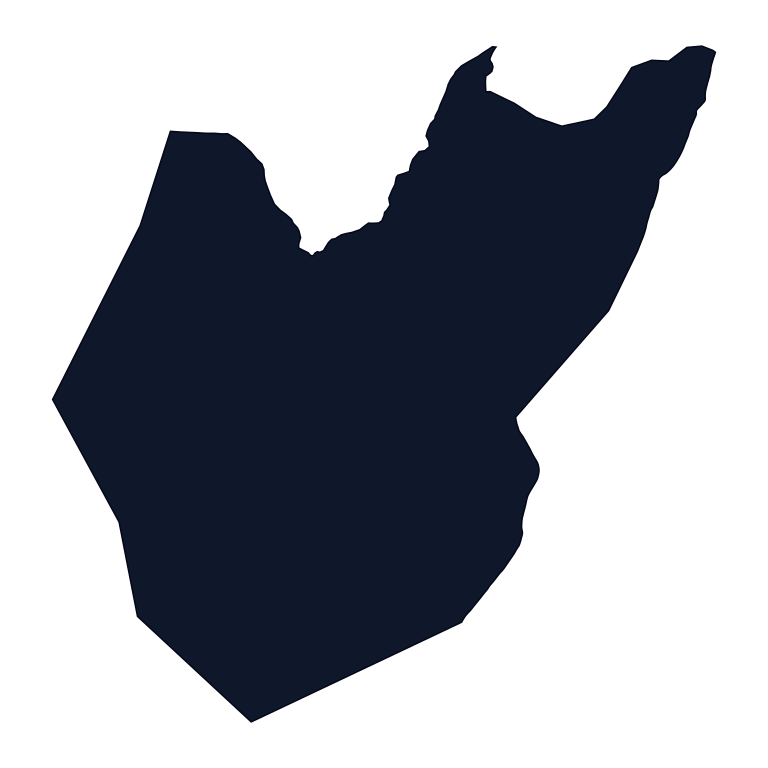 the district of El Nispero, Santa Bárbara, Honduras
{"feature_id": "27666195B93278027696890", "entity_name": "El Nispero", "entity_type": "district", "adm_level": 2, "iso_a3": "HND", "parent_name": "Honduras", "parent_adm1": "Santa Bárbara", "projection": "robinson", "projection_center": [-88.3, 14.771], "detail": "fine", "context": "isolated", "style": "filled", "palette": "ink", "viewbox_px": 768, "rotation_deg": 0, "n_neighbors": 0, "source": "geoboundaries", "source_scale": "gbopen_adm2", "svg_char_len": 6028}
<svg xmlns="http://www.w3.org/2000/svg" viewBox="0 0 768 768"><path d="M52.6,399.5L119.1,522.1L137.5,616.4L251.2,721.9L461.6,622.2L462.1,621.3L462.6,620.4L463.1,619.5L463.7,618.6L464.6,617.1L464.8,616.8L465.3,616.1L465.8,615.4L466.4,614.8L466.9,614.2L468.3,612.6L470.1,610.8L470.5,610.3L470.8,609.9L472.2,608.2L474.7,605.0L476.9,602.3L479.6,599.0L480.4,598.0L483.0,594.6L484.8,592.4L485.2,591.9L486.6,590.3L487.3,589.3L487.7,588.9L488.0,588.4L488.2,588.0L488.6,587.4L488.8,586.9L489.2,586.4L489.5,586.0L490.0,585.4L490.4,584.8L491.4,583.8L491.8,583.2L492.4,582.6L495.9,578.2L499.2,573.9L499.8,573.2L500.4,572.5L500.8,572.1L501.8,571.1L502.2,570.6L502.8,569.9L503.3,569.2L503.9,568.5L504.4,567.8L507.9,562.7L513.0,555.3L513.7,554.3L514.3,553.3L514.8,552.5L516.1,550.1L516.9,548.8L517.5,547.8L517.9,547.2L518.4,546.6L518.8,546.0L519.0,545.5L519.1,545.3L519.3,544.8L519.6,544.1L520.1,542.6L520.6,541.0L521.0,539.5L521.4,537.9L521.7,536.8L522.2,534.8L522.3,534.2L522.4,533.6L522.4,533.2L522.4,532.7L522.4,532.2L522.4,531.8L522.3,531.6L522.3,531.1L522.0,530.3L521.9,529.8L521.9,529.4L521.8,528.9L521.7,528.5L521.7,527.8L521.6,527.3L521.6,526.8L521.6,525.4L521.7,524.2L521.8,523.0L521.8,521.7L522.0,520.0L522.1,519.3L522.2,518.5L522.3,517.8L522.4,517.4L522.5,517.0L523.0,515.1L524.1,510.7L524.8,508.2L525.6,504.8L526.6,500.2L526.8,499.3L527.3,497.5L527.4,497.0L527.7,496.2L527.9,495.7L528.1,495.2L528.3,494.8L528.7,493.9L529.2,493.1L529.6,492.2L530.1,491.4L530.9,490.0L531.6,488.9L532.9,486.8L534.1,484.8L535.5,482.4L536.5,480.7L536.8,480.1L537.0,479.6L537.1,479.4L537.4,478.7L537.7,477.8L538.0,476.6L538.1,476.1L538.4,475.0L538.6,474.1L538.7,473.5L538.8,472.8L538.9,472.2L539.0,471.3L539.0,470.6L539.0,469.8L539.0,469.1L538.9,468.3L538.7,467.2L538.6,466.5L538.4,465.8L538.2,465.1L538.1,464.4L537.8,463.6L537.6,463.2L537.4,462.6L537.2,462.2L536.8,461.5L536.4,460.8L536.0,460.1L535.6,459.4L534.6,457.8L534.2,457.1L533.8,456.4L533.4,455.7L532.9,454.8L531.7,452.5L529.8,448.7L529.0,447.2L528.2,445.9L527.5,444.5L523.8,438.1L523.5,437.5L522.8,436.4L522.0,435.3L521.6,434.7L520.8,433.6L520.3,432.8L519.9,432.3L519.6,431.8L519.4,431.3L519.1,430.9L519.0,430.7L518.9,430.3L518.2,428.1L517.3,425.3L516.9,424.1L516.6,422.9L516.5,422.3L516.3,421.1L516.0,420.0L515.9,418.9L515.6,417.2L608.6,310.6L637.4,251.3L639.1,246.9L640.6,243.1L641.8,240.1L642.8,237.7L643.2,236.6L643.6,235.4L644.1,233.9L644.6,232.5L645.0,231.1L645.4,229.6L645.7,228.8L646.0,227.3L646.5,224.9L646.7,224.0L646.9,223.1L647.3,221.7L647.6,220.6L647.9,219.6L648.5,217.8L648.7,217.2L648.7,216.8L648.9,216.2L649.1,215.1L649.3,214.7L649.4,214.2L649.7,213.2L650.1,211.8L650.4,211.1L650.7,210.2L650.9,209.8L651.1,209.3L651.4,208.8L651.6,208.5L652.0,207.9L652.2,207.6L652.3,207.4L652.5,207.0L652.7,206.6L652.8,206.2L653.4,204.4L655.9,196.5L656.6,194.2L657.3,191.8L657.5,191.1L657.7,190.2L657.8,190.0L657.8,189.8L658.1,187.5L658.4,185.2L658.4,184.7L658.5,183.8L658.6,182.9L658.6,181.9L658.6,181.4L658.7,180.7L658.7,180.2L658.8,179.8L658.8,179.5L658.9,179.1L659.1,178.8L659.2,178.6L659.3,178.3L659.7,177.9L660.0,177.6L660.3,177.2L660.7,176.8L661.0,176.5L661.6,176.0L661.9,175.7L662.4,175.4L662.8,175.1L663.3,174.8L663.8,174.5L664.8,174.0L665.1,173.8L665.5,173.6L665.8,173.4L666.2,173.1L667.1,172.4L667.7,171.8L668.4,171.2L669.2,170.5L669.5,170.1L669.9,169.8L670.6,169.1L671.1,168.5L671.9,167.6L672.6,166.8L673.8,165.3L674.5,164.2L674.9,163.7L675.6,162.6L676.6,161.1L677.5,159.6L678.1,158.5L678.9,157.3L679.9,155.4L680.9,153.5L681.2,152.9L681.5,152.3L681.8,151.6L682.6,149.8L682.8,149.4L683.4,148.0L685.0,143.7L685.8,141.8L687.2,138.3L687.9,136.6L688.1,136.1L688.4,135.2L688.5,134.6L688.7,134.0L689.0,132.5L689.2,131.7L689.5,131.0L689.7,130.2L690.9,127.3L692.0,124.7L694.5,118.8L694.8,118.0L695.5,116.7L695.7,116.2L695.9,115.7L696.0,115.1L696.1,114.9L696.2,114.3L696.3,113.8L696.3,113.2L696.3,112.7L696.2,112.1L696.2,111.9L696.2,111.7L696.3,111.5L696.3,111.4L696.4,111.0L696.5,110.6L696.6,110.2L696.9,109.7L697.0,109.6L697.2,109.3L698.0,108.5L701.2,105.2L703.4,102.7L704.1,102.0L704.4,101.6L704.6,101.3L704.7,101.0L704.9,100.7L705.0,100.3L705.1,99.9L705.2,99.5L705.3,99.1L705.3,98.8L705.3,98.5L705.2,97.4L705.2,96.5L705.1,96.1L705.2,95.2L705.2,94.3L705.3,93.4L705.3,93.0L705.4,92.1L705.5,91.2L705.6,90.8L705.8,89.9L706.0,89.0L707.5,83.1L708.0,81.4L708.7,78.9L708.9,78.2L709.2,77.4L709.3,76.9L709.5,76.2L709.8,74.7L710.1,73.2L710.3,72.2L710.5,71.1L710.6,70.6L710.7,69.5L710.8,68.2L710.9,67.6L711.0,66.9L711.1,66.3L711.3,65.5L711.5,64.6L712.0,63.0L712.7,60.6L713.4,58.3L713.9,56.9L714.8,54.3L715.3,52.8L715.4,52.3L712.9,50.4L701.9,46.1L686.9,47.4L668.8,61.1L651.7,60.3L631.7,67.6L621.0,84.8L606.8,107.0L594.3,119.2L561.8,126.2L535.8,117.3L514.3,103.3L499.4,96.1L490.2,91.6L485.9,91.8L485.6,87.1L485.4,82.0L485.8,76.1L489.9,73.2L491.9,71.2L493.0,66.9L492.0,63.4L490.2,60.8L489.9,58.8L490.7,56.7L492.3,53.0L493.5,50.8L495.4,47.8L496.0,47.1L492.5,46.7L488.4,49.4L482.6,53.1L478.1,56.4L469.8,61.0L461.6,65.8L455.6,71.8L454.1,74.9L451.0,78.9L448.3,84.2L446.1,91.5L440.3,104.7L438.5,109.9L435.3,116.0L434.8,119.2L430.7,123.5L427.6,130.4L426.1,136.0L428.8,141.0L429.4,146.7L424.9,150.7L419.1,151.6L412.8,159.3L410.5,165.4L409.4,171.4L404.7,173.2L397.8,175.3L396.3,177.3L394.9,184.6L391.7,191.0L388.8,198.2L389.3,201.3L390.1,205.0L386.9,210.0L384.6,212.3L384.0,215.6L381.9,220.8L378.6,223.0L372.6,223.3L368.5,223.1L364.5,226.0L359.9,229.7L352.0,232.4L346.5,233.5L341.7,234.7L337.9,236.9L335.5,238.6L331.7,239.3L328.5,242.5L325.6,247.1L323.5,250.6L320.0,252.3L317.2,251.7L314.7,253.4L313.4,255.7L310.7,255.6L308.1,252.7L303.0,250.2L298.6,247.9L298.8,243.5L300.6,237.6L299.0,231.0L297.3,227.6L293.5,223.5L293.2,223.3L291.5,219.4L285.9,214.4L280.1,210.1L274.4,204.2L270.3,195.1L266.6,185.2L265.1,180.7L264.2,175.6L263.9,169.4L261.8,163.9L256.7,159.3L250.8,151.9L247.0,148.4L240.8,142.5L235.7,138.6L231.3,135.9L227.6,133.7L222.3,133.9L214.6,133.3L206.7,133.3L194.4,132.6L188.9,132.4L182.9,132.1L181.4,132.1L170.4,131.3L140.2,225.6L52.6,399.5Z" fill="#0f172a" stroke="#020617" stroke-width="1.5"/></svg>